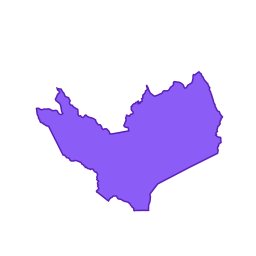 Salgueiro, Pernambuco, Brazil, rotated 289°
{"feature_id": "56859067B37103296489231", "entity_name": "Salgueiro", "entity_type": "district", "adm_level": 2, "iso_a3": "BRA", "parent_name": "Brazil", "parent_adm1": "Pernambuco", "projection": "orthographic", "projection_center": [-39.072, -8.075], "detail": "fine", "context": "isolated", "style": "filled", "palette": "violet", "viewbox_px": 256, "rotation_deg": 289, "n_neighbors": 0, "source": "geoboundaries", "source_scale": "gbopen_adm2", "svg_char_len": 4337}
<svg xmlns="http://www.w3.org/2000/svg" viewBox="0 0 256 256"><g transform="rotate(289 128 128)"><path d="M116.7,35.1L112.8,37.0L111.6,37.6L110.3,38.7L109.7,39.5L107.8,40.4L107.2,41.6L105.7,42.6L104.9,43.7L105.0,45.0L104.2,47.3L104.1,48.3L103.7,49.5L103.6,50.6L103.7,52.4L81.3,75.4L81.6,76.4L81.3,77.5L80.7,78.6L80.0,79.5L80.3,81.9L78.7,83.7L78.3,85.0L78.8,86.2L79.0,87.3L79.9,88.0L80.0,88.8L80.4,89.9L80.3,91.9L80.2,93.5L80.2,94.7L78.9,96.1L78.9,97.5L78.0,98.5L77.8,99.7L76.8,100.5L77.4,101.3L76.6,102.8L76.8,104.6L76.5,105.9L77.4,106.9L77.7,108.3L76.9,109.0L76.2,110.1L75.7,111.2L75.8,112.9L75.0,113.5L74.3,114.2L73.1,114.6L71.3,114.5L70.3,115.3L69.3,115.2L68.6,116.0L68.4,117.3L67.4,117.3L66.4,117.0L65.0,117.5L64.6,118.4L63.1,118.2L62.5,119.1L61.4,120.0L59.9,119.7L58.2,118.7L57.3,119.2L57.1,120.5L56.7,121.7L54.5,127.9L53.7,130.2L53.0,132.0L52.7,133.3L53.8,133.5L54.8,133.8L55.8,134.0L56.7,134.9L57.6,135.7L58.6,136.0L59.2,137.0L59.6,138.2L59.8,139.3L59.1,140.1L58.4,140.8L57.8,141.9L57.9,142.8L58.2,143.8L58.2,145.2L57.7,146.5L57.6,147.9L57.6,149.0L57.7,149.9L57.8,151.1L57.9,152.1L57.4,153.4L56.8,154.7L55.9,155.6L55.3,156.8L54.3,158.0L54.3,158.9L53.6,159.9L52.5,160.0L51.8,160.8L52.5,162.0L55.6,170.8L56.0,172.1L56.8,174.3L57.9,173.8L62.0,172.6L65.5,172.7L69.2,171.9L70.5,171.5L72.5,170.2L77.7,171.9L81.0,173.0L84.8,174.3L91.3,180.4L93.9,182.9L110.4,198.5L133.2,220.9L135.4,220.6L136.5,220.4L137.7,219.3L139.0,219.0L140.0,219.4L140.9,219.4L142.2,219.1L143.6,219.9L144.6,220.7L146.8,219.7L147.7,219.3L148.9,218.9L149.3,218.1L148.7,216.8L149.2,214.8L149.7,213.2L150.6,213.8L151.6,212.8L153.1,213.0L153.7,213.7L155.6,212.6L157.5,212.7L158.5,212.3L159.5,213.1L160.7,213.4L162.0,213.8L162.8,213.1L164.5,212.9L166.1,213.2L167.1,212.9L168.3,213.6L169.5,213.6L169.8,212.7L171.0,210.9L173.2,208.9L173.3,207.0L174.8,205.4L175.8,204.5L177.4,202.8L178.4,202.7L179.0,201.9L179.8,200.9L181.4,199.9L182.9,198.9L185.3,197.1L186.9,196.0L187.5,195.3L189.4,194.0L190.6,192.4L191.6,192.3L192.8,192.2L193.3,191.2L194.0,190.5L194.9,189.6L196.1,188.8L196.3,187.7L196.9,186.9L197.6,185.7L198.5,184.2L200.4,182.5L201.8,180.3L202.9,179.8L203.5,178.1L204.2,176.8L203.4,176.2L199.9,173.8L199.9,172.6L198.9,172.4L196.2,173.3L192.7,173.7L191.3,173.4L190.1,172.5L188.3,170.9L187.5,170.5L185.3,170.1L184.1,168.9L184.8,167.8L186.5,166.4L187.4,164.5L187.9,162.3L187.8,160.8L187.4,159.5L186.9,156.6L185.9,156.2L183.5,156.9L181.5,155.8L180.4,154.9L177.6,154.4L176.1,153.4L175.7,152.5L175.0,150.0L174.4,149.4L171.9,148.7L171.1,148.1L170.5,147.1L168.6,145.3L167.6,143.8L166.7,143.1L167.1,141.1L168.4,137.5L169.7,136.2L170.4,135.5L172.7,133.7L174.7,131.5L173.2,132.2L171.8,133.3L170.6,133.7L168.6,132.5L166.8,132.8L165.3,132.1L164.1,131.4L162.1,131.8L161.1,132.3L160.2,131.4L159.5,131.9L157.7,132.7L156.5,131.0L155.5,131.4L154.7,130.6L154.3,129.6L155.8,129.7L156.7,128.8L155.3,128.0L154.7,127.1L153.5,126.8L152.8,125.7L151.8,125.1L150.7,124.6L149.9,124.8L149.2,124.1L147.6,124.7L146.3,125.2L144.7,127.6L143.8,128.1L143.0,127.9L142.4,127.0L141.7,125.9L139.8,125.6L139.6,122.4L138.4,122.7L136.7,122.5L135.3,123.5L133.9,123.6L132.4,123.5L130.3,123.5L129.2,123.2L128.3,123.9L128.0,125.0L128.0,126.0L128.4,127.8L127.4,128.7L126.2,129.2L125.5,129.6L122.1,123.5L120.9,121.5L117.7,115.6L116.7,113.6L116.6,112.5L117.7,112.1L118.3,111.3L118.9,110.7L119.3,109.8L119.9,108.9L120.2,107.9L119.5,106.1L118.5,105.2L119.2,103.5L120.8,102.5L122.0,100.6L121.6,99.4L121.6,98.4L122.3,97.4L123.0,96.4L124.1,95.2L125.0,94.8L125.7,92.2L125.7,90.9L125.6,88.4L125.5,86.8L126.0,84.9L126.6,84.0L125.7,83.0L124.5,82.9L123.3,82.2L123.2,80.8L124.1,79.1L123.4,77.7L124.4,76.5L127.8,75.1L129.2,74.4L129.5,72.3L129.9,71.0L130.0,70.1L131.4,67.6L131.0,66.1L131.7,65.2L133.2,64.2L134.8,64.5L135.8,63.6L136.5,62.6L137.3,61.9L137.3,59.3L137.8,57.9L139.9,56.2L141.1,54.2L143.0,52.1L142.4,49.5L142.5,48.0L141.1,49.0L140.8,49.9L140.0,51.4L139.1,51.7L137.7,50.8L135.9,50.4L134.4,50.3L133.3,50.2L132.5,50.1L131.6,50.0L130.6,50.8L129.6,53.4L129.3,54.4L128.8,55.4L128.2,56.2L127.4,56.9L126.1,57.7L122.0,59.9L121.4,60.6L120.4,61.7L119.0,60.4L118.7,59.4L118.9,58.4L119.6,57.2L121.1,55.6L121.3,54.1L120.8,53.3L120.0,51.5L119.8,50.6L120.1,49.3L120.4,47.4L119.8,45.7L119.3,44.9L118.7,42.7L118.2,41.9L117.1,40.4L117.0,39.5L117.4,38.0L117.5,36.8L116.7,35.1Z" fill="#8b5cf6" stroke="#5b21b6" stroke-width="1.5"/></g></svg>